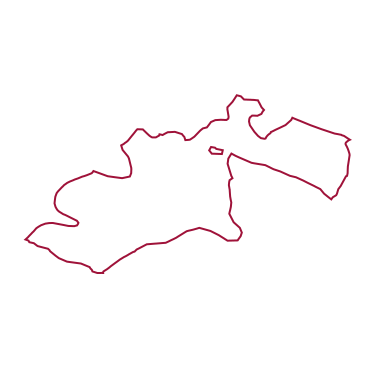 Az Zaydiah, Al Hudaydah, Yemen (Albers equal-area conic projection), rotated 20°
{"feature_id": "15242507B8611350311836", "entity_name": "Az Zaydiah", "entity_type": "district", "adm_level": 2, "iso_a3": "YEM", "parent_name": "Yemen", "parent_adm1": "Al Hudaydah", "projection": "albers", "projection_center": [43.054, 15.3], "detail": "fine", "context": "isolated", "style": "outline", "palette": "rose", "viewbox_px": 384, "rotation_deg": 20, "n_neighbors": 0, "source": "geoboundaries", "source_scale": "gbopen_adm2", "svg_char_len": 4711}
<svg xmlns="http://www.w3.org/2000/svg" viewBox="0 0 384 384"><g transform="rotate(20 192 192)"><path d="M149.4,143.9L149.2,143.9L148.7,144.2L146.3,146.8L144.9,148.5L143.1,148.7L142.6,148.8L142.1,148.8L141.7,148.9L141.8,150.2L139.4,153.0L136.3,154.2L135.5,154.3L133.9,154.0L132.6,153.6L129.5,152.3L124.4,150.0L119.2,151.7L119.1,151.8L118.4,153.5L117.7,155.7L117.4,156.6L117.0,157.7L116.9,158.1L116.4,159.4L114.8,164.1L114.2,165.8L113.5,167.0L113.3,167.4L112.3,168.7L111.3,170.4L110.1,171.7L109.5,172.4L112.4,176.2L119.5,180.4L119.7,180.5L121.3,182.1L124.9,187.5L126.6,190.0L126.8,190.3L127.0,191.0L127.2,191.3L128.1,194.2L128.4,195.0L128.3,198.7L124.8,200.9L121.6,202.9L114.4,204.5L107.4,206.0L100.3,206.0L98.2,206.0L93.3,206.0L92.2,206.0L91.9,207.3L91.3,208.7L89.4,210.4L87.5,212.1L85.3,213.9L83.6,215.1L80.1,218.3L77.5,220.4L76.3,221.6L73.8,223.8L71.6,226.1L70.6,227.6L69.4,229.3L68.9,230.5L68.6,231.2L68.5,231.3L68.1,232.1L65.8,237.4L65.2,239.4L65.2,243.2L65.8,246.0L66.7,249.7L68.8,252.6L70.5,254.1L71.9,255.1L73.9,255.9L76.4,256.4L78.6,256.9L80.4,256.9L82.5,257.1L88.5,257.8L93.7,258.4L95.8,259.8L95.8,260.9L95.4,262.7L93.0,264.4L87.4,266.2L82.1,267.0L71.9,268.7L68.5,270.0L65.0,271.9L61.6,274.8L59.6,277.2L58.1,279.3L56.6,283.3L55.9,284.6L55.1,286.5L54.2,288.5L53.6,289.9L53.4,290.5L51.8,293.6L55.0,293.6L56.3,294.8L60.9,294.2L65.3,295.6L65.5,295.6L70.9,295.1L76.1,294.6L78.0,295.4L78.9,296.2L85.5,298.5L89.5,299.7L98.3,300.2L101.6,299.5L112.1,297.2L121.5,297.6L122.7,298.6L124.5,299.4L125.6,300.7L128.2,300.6L130.7,300.5L133.4,299.5L135.0,298.9L136.2,298.5L136.0,298.1L135.9,297.1L136.0,296.9L137.7,294.7L138.5,293.7L138.9,293.1L140.2,291.1L141.1,289.5L142.1,288.0L143.1,286.5L144.1,285.0L146.0,282.2L147.3,280.2L148.9,278.2L150.4,276.3L151.6,275.1L153.3,273.1L154.3,271.8L154.5,271.6L155.4,270.6L155.6,270.3L157.2,268.5L157.7,268.1L158.4,267.7L159.6,265.1L159.8,264.8L161.1,263.5L167.4,256.6L170.5,255.2L174.4,253.4L176.0,252.7L182.5,249.7L184.7,248.7L186.9,246.5L187.0,246.4L188.8,244.5L190.9,242.4L192.4,240.8L192.7,240.5L194.3,238.4L196.2,236.0L198.8,232.7L200.4,230.7L201.1,230.2L202.1,229.5L203.8,228.4L205.8,227.1L209.0,224.8L211.1,223.2L222.7,222.3L225.2,222.6L232.0,223.4L234.2,223.9L238.9,224.9L239.1,225.0L240.3,225.2L242.0,225.6L251.4,221.9L251.5,221.8L251.7,220.8L251.8,220.4L252.8,217.0L252.8,216.9L252.8,216.4L252.7,213.1L252.5,212.9L249.2,209.3L247.0,208.4L241.5,206.2L234.5,199.7L234.2,197.7L234.1,196.6L233.6,192.7L232.5,188.4L231.0,186.0L229.5,183.4L229.3,183.0L227.2,178.3L226.7,177.1L226.6,176.8L226.4,176.6L224.3,172.9L223.5,169.8L223.3,168.0L225.3,165.2L224.3,164.2L223.4,163.4L215.8,153.3L215.7,152.8L215.0,149.5L214.7,148.2L215.2,145.7L215.9,142.4L220.5,143.1L224.1,143.4L237.9,144.2L240.5,143.8L242.6,143.4L247.9,142.4L251.7,141.7L252.8,141.8L254.5,142.0L256.5,142.2L257.2,142.3L259.7,142.6L261.0,142.7L267.9,142.5L278.5,143.3L284.6,142.6L284.8,142.6L292.6,143.2L297.4,143.8L305.0,144.6L306.2,144.8L311.6,145.4L316.7,148.4L322.0,150.2L325.4,151.3L326.1,148.8L328.6,145.7L328.8,143.9L328.5,139.3L329.7,135.4L329.8,134.6L331.3,124.6L332.2,123.8L331.9,121.9L331.9,121.7L331.8,121.1L330.8,118.1L329.8,114.9L329.7,114.5L328.4,107.9L328.2,106.9L327.5,103.4L326.8,102.1L325.2,100.0L323.9,98.4L322.3,96.7L320.4,95.0L319.8,94.3L319.7,93.5L319.7,93.0L320.7,91.1L321.6,89.8L322.5,88.9L320.7,88.5L315.7,87.3L313.2,87.4L312.8,87.2L308.9,87.8L306.1,88.3L292.2,88.7L280.4,88.7L275.4,88.5L268.6,88.2L267.6,88.2L262.4,88.0L260.9,87.9L260.6,90.4L257.8,95.6L257.0,97.1L252.9,101.3L249.2,105.0L246.6,107.8L245.6,108.7L245.6,109.8L245.1,110.6L244.9,110.9L244.5,111.4L243.7,112.9L243.0,114.9L243.0,115.2L242.9,115.9L242.8,116.6L241.9,117.2L238.3,117.8L234.8,116.7L230.0,114.1L223.6,109.5L221.5,106.3L220.9,103.9L220.9,102.2L221.2,101.7L222.4,99.6L223.8,99.1L225.8,98.5L227.4,98.0L228.2,97.2L229.7,95.7L230.5,94.9L230.9,92.2L231.4,90.9L231.6,90.3L228.5,88.7L224.6,85.1L224.3,84.9L222.6,83.3L221.2,83.7L219.1,84.2L218.4,84.4L218.0,84.5L217.2,84.8L215.8,85.2L215.4,85.3L214.9,85.5L212.7,86.2L210.5,86.9L209.8,87.1L209.2,87.3L205.3,85.4L203.7,85.5L201.0,85.8L200.1,89.8L199.2,93.5L197.9,96.6L196.3,100.3L197.1,102.5L197.6,103.3L200.4,108.3L200.7,108.9L201.0,110.6L200.6,111.3L199.8,112.5L199.3,112.7L194.9,114.1L194.5,114.2L194.3,114.3L193.4,114.7L189.3,116.5L187.4,118.3L186.9,118.8L185.9,119.7L184.9,123.1L183.9,126.2L180.5,128.5L179.4,130.3L178.7,131.5L175.3,139.2L173.4,141.9L172.5,143.1L172.2,143.5L171.5,143.9L170.9,144.2L168.0,145.5L166.0,142.9L164.1,141.9L162.7,141.0L160.8,141.1L155.8,141.3L155.2,141.4L152.4,142.6L149.4,143.9ZM206.6,142.2L206.8,143.7L207.1,146.1L197.5,149.2L193.9,147.0L194.5,143.2L198.5,142.5L200.1,143.2L206.6,142.2Z" fill="none" stroke="#9f1239" stroke-width="2"/></g></svg>